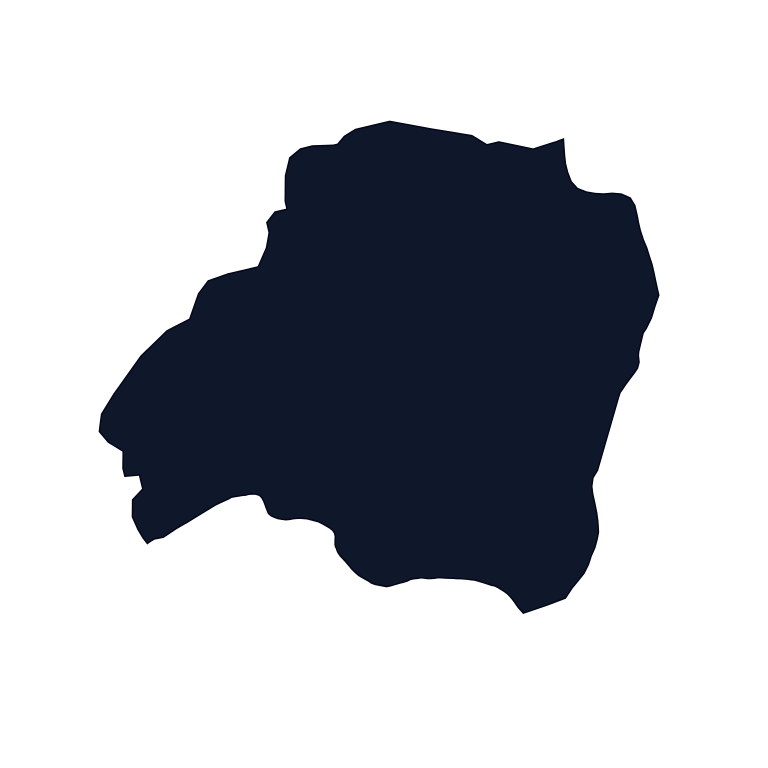 Sa'fan, Sana'a, Yemen, rotated 257°
{"feature_id": "15242507B56189599867675", "entity_name": "Sa'fan", "entity_type": "district", "adm_level": 2, "iso_a3": "YEM", "parent_name": "Yemen", "parent_adm1": "Sana'a", "projection": "albers", "projection_center": [43.578, 15.072], "detail": "fine", "context": "isolated", "style": "filled", "palette": "ink", "viewbox_px": 768, "rotation_deg": 257, "n_neighbors": 0, "source": "geoboundaries", "source_scale": "gbopen_adm2", "svg_char_len": 3613}
<svg xmlns="http://www.w3.org/2000/svg" viewBox="0 0 768 768"><g transform="rotate(257 384 384)"><path d="M582.3,613.9L581.7,609.3L581.3,606.7L581.1,604.5L581.0,602.2L580.5,596.4L579.6,585.3L579.4,583.8L579.3,582.2L594.0,550.4L593.9,538.0L606.2,525.5L609.0,518.6L613.6,507.6L617.6,497.7L622.4,486.0L624.9,480.3L625.4,479.2L625.5,478.9L633.3,460.9L638.6,448.6L638.5,429.8L638.4,413.4L634.2,401.1L628.0,392.8L628.0,388.7L628.2,387.2L628.5,385.8L629.1,382.6L632.0,367.9L632.0,365.8L631.8,355.5L625.6,343.1L621.7,341.2L609.1,334.9L606.3,334.2L605.5,334.0L584.3,328.9L576.1,328.9L576.1,324.8L576.1,316.5L567.7,306.2L557.4,306.2L552.3,304.1L551.4,303.7L543.0,300.1L526.4,287.8L526.4,287.5L526.3,268.3L526.3,263.0L526.3,256.7L524.0,236.0L513.7,223.7L510.9,221.9L509.0,220.7L490.9,209.3L486.9,193.4L484.6,184.5L484.3,184.0L471.1,162.3L470.4,161.0L465.9,153.6L457.4,144.0L434.8,118.5L418.2,102.1L410.8,99.3L401.7,96.0L389.4,102.3L377.1,114.8L376.9,114.7L360.6,110.7L352.4,110.8L350.4,125.3L345.2,125.3L336.0,125.4L334.1,122.6L327.7,113.0L311.2,109.0L304.3,110.3L297.7,111.6L288.3,114.6L281.8,117.6L282.5,119.0L283.7,122.2L284.7,125.4L284.5,130.2L284.4,134.5L290.0,149.4L292.6,157.8L293.4,160.7L296.9,171.0L304.0,192.3L305.1,197.1L307.1,206.9L308.0,209.7L307.9,213.0L307.6,216.8L307.4,220.6L306.9,223.8L307.0,227.5L306.4,231.0L305.6,234.2L304.9,235.4L303.5,237.7L300.7,239.4L297.2,240.4L294.0,240.9L290.2,241.3L286.9,241.8L285.3,242.1L283.8,242.3L282.6,243.2L280.9,244.5L278.8,247.3L276.8,250.3L276.7,250.5L275.2,254.1L273.8,258.0L273.3,261.8L273.2,265.5L272.7,268.9L272.1,272.2L271.1,275.3L270.0,278.8L268.2,282.2L267.4,283.8L266.1,286.2L264.5,289.2L261.6,292.7L259.1,295.4L255.9,298.8L252.9,301.2L249.7,302.3L246.4,302.3L243.3,301.4L240.0,300.6L238.2,300.2L236.2,300.2L234.9,300.6L231.1,301.0L229.5,301.5L226.2,302.8L223.3,304.5L220.7,306.0L220.4,306.2L217.5,307.7L214.5,309.3L211.4,310.8L209.8,311.8L208.6,312.5L205.9,314.3L203.2,316.3L200.5,319.1L198.2,321.6L195.8,324.3L194.3,325.7L194.1,325.9L192.8,327.1L190.7,330.4L189.3,333.5L187.5,337.5L186.0,341.0L185.9,344.6L186.1,347.9L186.3,351.5L186.5,354.7L186.5,358.0L186.8,362.2L187.7,365.8L187.6,369.2L187.1,373.0L186.9,376.4L185.8,379.8L184.6,382.9L183.9,386.2L183.4,389.9L183.1,393.4L182.2,396.7L181.1,400.3L180.7,401.9L180.1,404.1L179.2,407.6L178.0,411.2L177.1,415.0L176.1,418.1L175.1,421.4L173.7,424.9L172.7,428.0L171.1,431.0L169.6,433.6L169.5,433.8L167.6,437.1L165.9,439.9L163.8,443.3L162.5,446.3L160.1,449.3L157.3,452.1L154.6,454.8L152.0,457.0L151.3,457.4L149.1,458.8L145.9,460.5L142.3,462.1L139.2,463.3L135.8,464.7L133.1,466.2L129.4,468.2L129.9,473.0L130.6,480.0L132.0,493.5L134.6,512.6L142.9,521.3L148.1,528.1L154.7,536.4L162.1,542.5L169.9,547.2L177.3,552.7L185.4,557.0L191.4,559.6L198.9,560.9L202.0,561.4L210.4,562.2L219.8,562.5L230.1,562.6L237.5,563.4L245.7,566.5L251.9,572.6L311.6,605.8L317.7,609.2L322.5,612.0L325.6,615.5L329.0,619.1L333.9,624.8L338.6,630.5L342.5,634.6L347.9,637.4L354.4,638.2L358.2,639.4L365.5,643.0L375.3,647.9L379.2,652.0L388.4,659.5L398.4,665.2L408.8,671.7L414.3,671.7L414.8,671.7L422.9,671.8L431.7,672.0L432.4,672.0L440.1,672.0L448.8,671.2L457.3,670.6L461.4,669.9L465.9,669.1L467.7,668.9L468.5,668.9L469.6,668.8L474.8,668.3L477.9,668.2L481.9,668.2L483.6,668.2L490.9,668.5L492.4,668.5L494.2,668.5L501.4,668.5L502.2,668.3L503.8,667.7L509.8,665.8L511.3,663.8L515.7,657.9L518.5,649.1L519.7,640.7L522.1,632.5L524.5,626.8L525.5,624.4L529.2,619.0L530.6,617.0L531.0,616.4L539.2,611.8L540.2,611.7L541.0,611.6L548.8,610.5L557.8,610.3L559.3,610.5L566.2,611.3L575.0,612.7L582.3,613.9Z" fill="#0f172a" stroke="#020617" stroke-width="1.5"/></g></svg>